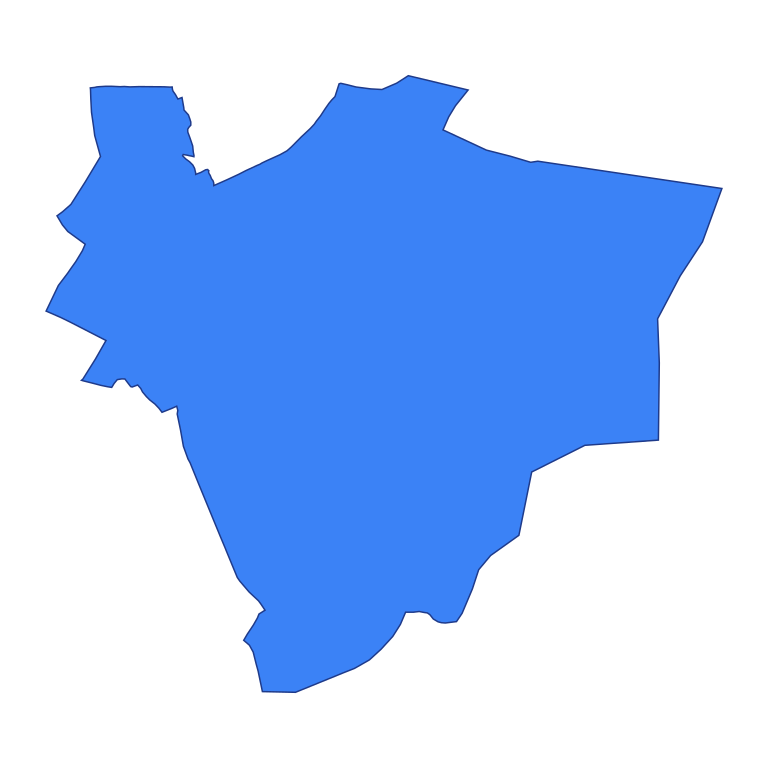 outline of Sokoto South, Sokoto, Nigeria
{"feature_id": "59680162B89921626898623", "entity_name": "Sokoto South", "entity_type": "district", "adm_level": 2, "iso_a3": "NGA", "parent_name": "Nigeria", "parent_adm1": "Sokoto", "projection": "robinson", "projection_center": [5.246, 13.036], "detail": "fine", "context": "isolated", "style": "filled", "palette": "blue", "viewbox_px": 768, "rotation_deg": 0, "n_neighbors": 0, "source": "geoboundaries", "source_scale": "gbopen_adm2", "svg_char_len": 2614}
<svg xmlns="http://www.w3.org/2000/svg" viewBox="0 0 768 768"><path d="M468.1,90.0L408.3,75.7L396.6,83.2L382.0,89.5L370.8,88.9L356.1,87.0L347.4,84.8L340.8,83.3L339.1,83.8L335.0,96.6L331.7,100.0L328.9,103.4L325.0,109.0L320.5,115.9L316.4,121.1L314.3,124.2L310.2,128.6L301.3,136.9L291.4,146.9L287.0,150.8L280.0,154.7L266.5,160.8L261.9,163.0L259.8,164.3L257.3,165.3L245.9,170.6L238.9,174.2L227.1,179.7L213.8,185.6L213.8,184.6L213.8,183.7L213.6,182.4L212.9,180.5L212.3,179.8L211.8,179.2L211.3,178.2L210.8,177.0L210.4,175.9L209.9,174.9L209.2,173.9L208.8,173.0L208.6,172.2L208.6,171.2L208.7,170.9L208.8,170.8L208.6,170.6L208.2,170.2L207.7,169.5L206.7,169.6L205.6,169.8L200.9,172.4L195.7,174.4L195.7,173.0L195.4,171.9L194.6,168.4L192.8,165.0L189.6,161.8L185.7,158.9L182.6,155.8L183.2,154.5L187.3,155.2L189.3,155.7L191.6,156.1L193.9,156.7L194.0,155.6L193.3,152.2L192.7,146.0L191.1,141.2L189.6,136.9L187.8,132.1L187.7,129.3L188.8,127.4L190.8,125.2L190.8,122.0L189.8,118.8L188.4,114.9L184.0,110.0L183.8,107.7L182.0,97.5L177.9,99.0L177.1,97.6L175.4,94.5L173.0,91.1L172.4,89.1L172.2,87.0L169.9,87.1L163.8,86.8L150.8,86.7L139.3,86.6L129.9,86.9L124.2,86.5L120.2,86.7L112.0,86.3L105.5,86.3L98.9,86.7L96.8,86.9L94.7,87.4L90.3,87.9L90.5,89.6L90.8,98.5L91.5,112.2L93.8,128.3L94.7,135.5L100.5,156.5L85.3,181.8L70.9,204.4L62.5,211.8L57.0,215.8L62.4,224.9L67.8,231.5L85.2,244.2L82.4,250.7L75.8,261.6L71.1,268.2L67.8,273.0L58.4,285.4L46.1,311.1L60.8,317.5L70.2,322.1L106.0,340.5L95.4,359.1L82.8,379.2L81.5,380.3L83.1,380.8L91.1,382.8L101.1,385.4L107.4,386.7L111.7,387.4L112.3,386.5L114.1,383.5L117.3,379.6L121.8,378.9L124.9,379.0L127.6,382.6L130.7,386.6L132.2,387.0L137.7,385.0L140.7,388.4L142.5,391.9L146.4,396.6L149.8,400.0L154.9,404.0L158.9,408.2L162.0,412.3L172.0,408.3L176.7,406.2L177.8,410.4L177.2,414.0L180.5,429.9L183.4,446.3L188.0,459.0L190.1,462.8L198.7,484.0L220.7,537.4L225.7,549.3L225.9,549.9L237.3,577.5L239.8,581.1L249.1,592.0L258.5,600.8L261.0,604.2L265.0,610.2L259.0,614.0L257.4,618.0L253.4,625.0L247.4,634.0L243.7,640.3L249.4,645.2L253.2,652.1L256.2,664.1L258.1,671.0L262.4,691.6L295.5,692.3L342.6,673.1L354.5,668.4L369.4,659.9L381.1,649.2L392.8,636.4L400.4,624.4L405.6,612.2L413.4,612.2L419.2,611.5L424.3,612.5L427.3,612.9L429.9,614.7L433.3,619.0L438.0,621.8L441.4,622.7L445.3,623.0L456.5,621.6L462.1,613.3L472.4,588.9L478.7,569.7L490.6,555.5L518.9,535.3L531.7,472.0L584.9,445.3L658.4,440.1L659.3,362.9L657.6,318.8L667.9,299.3L680.2,275.9L702.5,241.8L721.9,188.5L537.8,161.2L530.7,162.3L510.3,156.2L486.4,150.1L443.0,129.9L448.7,116.9L455.5,105.7L468.1,90.0Z" fill="#3b82f6" stroke="#1e3a8a" stroke-width="1.5"/></svg>